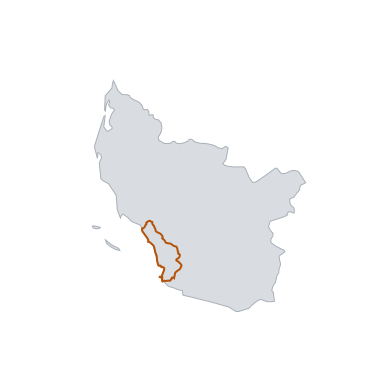 Atlántida on a map of Honduras (Equal Earth projection), rotated 241°
{"feature_id": "HND-637", "entity_name": "Atlántida", "entity_type": "Department", "adm_level": 1, "iso_a3": "HND", "parent_name": "Honduras", "parent_adm1": "", "projection": "equal_earth", "projection_center": [-87.125, 15.681], "detail": "fine", "context": "in_parent", "style": "outline", "palette": "amber", "viewbox_px": 384, "rotation_deg": 241, "n_neighbors": 0, "source": "natural_earth", "source_scale": "10m", "svg_char_len": 4599}
<svg xmlns="http://www.w3.org/2000/svg" viewBox="0 0 384 384"><g transform="rotate(241 192 192)"><path d="M327.6,177.3L316.3,176.4L311.0,178.2L308.7,182.3L306.8,184.1L305.1,183.7L301.7,185.3L296.7,189.0L292.1,190.3L288.0,189.5L286.8,190.3L286.5,191.5L285.9,192.7L284.3,193.3L282.5,193.0L280.4,191.7L279.3,192.3L279.2,194.6L278.1,195.3L276.0,194.1L273.7,195.0L271.1,197.8L267.4,198.4L262.7,196.8L259.0,193.7L256.4,189.2L253.2,188.1L247.8,191.4L245.5,195.4L245.1,197.8L245.6,199.9L244.6,201.4L242.1,202.1L240.1,204.8L238.8,209.4L238.6,213.0L239.4,215.5L238.1,217.4L234.8,218.5L230.9,222.5L226.4,229.3L221.9,234.0L217.5,236.7L215.3,239.7L215.5,243.0L215.2,244.0L214.3,244.4L212.9,244.9L204.2,237.7L201.8,232.8L199.6,233.5L196.9,236.0L193.1,241.6L189.0,249.3L187.0,250.1L176.8,249.0L171.4,249.6L170.3,250.7L169.8,253.5L170.1,257.2L171.6,270.6L172.4,276.2L171.6,277.9L168.9,278.2L165.3,278.9L163.3,281.5L162.9,284.1L162.7,287.7L161.6,291.5L159.3,294.2L157.2,295.2L145.0,295.9L145.2,289.7L141.7,287.1L139.7,282.0L137.9,278.4L138.5,276.3L138.3,273.8L133.4,271.9L128.7,273.4L126.0,272.4L124.1,271.1L127.5,268.0L127.7,266.2L126.6,264.8L125.5,263.9L125.8,260.4L126.5,256.3L128.4,246.7L127.7,245.1L124.6,242.2L120.7,241.9L116.4,242.8L114.3,241.3L112.4,238.0L109.4,236.5L103.9,239.1L98.1,243.0L96.3,244.5L94.8,244.3L94.2,241.3L93.9,237.8L93.5,236.9L90.4,235.7L86.8,234.8L85.0,233.8L83.3,231.5L79.0,228.4L78.0,226.1L72.2,220.8L71.1,218.2L69.7,216.3L67.0,213.9L64.8,214.5L57.5,211.5L56.4,211.2L57.4,208.6L59.7,204.5L64.8,200.0L65.2,196.3L63.9,189.3L62.6,184.8L63.3,182.7L64.9,174.5L66.2,172.6L73.4,168.5L74.1,167.9L79.8,162.1L86.2,155.7L92.8,148.6L100.2,140.7L104.3,136.1L106.2,134.1L110.4,135.7L113.7,132.0L115.7,130.7L120.2,126.3L121.6,125.3L129.1,123.4L132.8,123.5L136.0,128.0L138.5,130.5L143.3,128.4L147.3,127.9L163.8,132.1L170.3,130.3L182.4,129.9L187.8,130.9L195.4,124.9L200.3,123.7L206.1,120.9L205.3,118.1L203.9,116.8L212.7,118.0L225.8,124.1L239.8,123.0L244.8,119.7L248.0,118.8L262.3,125.0L266.1,129.8L269.1,130.3L271.4,129.2L272.0,128.2L269.1,127.2L267.9,125.7L279.1,128.6L300.5,151.2L300.9,153.1L291.8,146.4L287.0,146.9L285.8,148.0L286.1,151.6L286.5,153.3L288.6,153.5L290.1,152.6L293.8,153.7L296.3,156.2L299.4,159.9L301.2,163.9L303.1,164.0L305.0,161.6L308.6,161.3L311.0,164.0L312.6,163.8L310.3,159.6L304.8,155.4L306.1,155.3L318.3,162.8L321.7,172.3L324.6,174.4L327.6,177.3ZM185.0,96.0L178.0,100.6L175.8,100.5L179.0,97.0L184.2,94.0L188.5,92.5L192.1,93.1L185.0,96.0ZM208.9,91.2L205.6,94.6L205.0,93.0L206.6,89.9L208.5,88.1L210.5,88.3L210.0,89.6L208.9,91.2Z" fill="#d9dde1" stroke="#a8b0b8" stroke-width="1"/><path d="M128.0,122.8L128.2,122.7L129.0,122.9L129.8,123.2L131.7,124.7L132.4,124.8L132.4,124.4L132.0,123.9L132.4,123.2L133.9,122.0L133.1,123.5L132.8,124.4L133.2,124.8L133.4,125.2L137.5,130.0L138.8,130.8L140.2,130.4L140.5,130.1L140.9,129.1L141.1,128.8L141.5,128.8L142.7,128.9L142.9,128.6L143.2,127.6L143.8,127.1L144.7,127.0L149.2,128.3L153.1,130.1L157.2,130.7L161.8,132.1L163.4,132.3L165.0,132.0L167.7,131.0L168.5,130.8L168.6,130.7L169.3,129.9L169.5,129.8L169.7,129.5L170.3,129.8L170.8,130.2L171.0,130.4L172.8,130.6L181.4,129.6L182.8,129.7L184.1,130.4L184.2,130.5L184.2,131.0L183.9,131.0L183.9,131.4L183.9,131.7L184.0,132.0L184.1,132.9L184.2,133.3L184.5,133.8L185.1,134.5L185.5,135.0L186.0,136.4L186.1,136.7L186.6,136.9L186.8,137.1L187.2,137.0L187.4,137.2L187.5,137.4L187.6,138.8L187.6,140.1L187.4,140.9L187.0,141.4L185.9,141.9L185.0,142.7L184.0,142.1L182.8,141.9L181.7,142.0L181.4,142.1L181.1,142.3L180.8,142.4L180.4,142.3L179.9,142.1L179.5,142.0L177.9,142.1L176.3,141.6L175.6,141.4L175.1,141.5L174.1,141.9L173.2,142.4L171.4,143.8L170.3,144.3L169.4,144.6L168.0,144.6L167.4,144.7L166.5,144.4L166.0,143.5L162.9,144.6L160.9,144.5L160.1,144.7L158.5,146.5L157.8,147.6L157.4,148.0L156.6,148.6L153.7,149.9L152.4,151.2L152.0,151.7L151.8,151.8L150.0,151.8L146.9,150.8L146.4,150.9L146.0,150.8L145.6,150.4L145.1,150.1L144.8,150.1L144.5,150.2L144.2,150.4L144.0,150.5L143.8,150.7L143.6,150.9L143.3,151.0L143.1,150.9L142.8,150.8L142.2,150.4L141.8,150.1L141.5,149.8L141.2,149.3L140.9,148.7L140.7,147.2L140.7,146.4L140.6,145.8L139.9,145.2L139.5,145.1L139.2,145.3L137.5,146.5L136.9,146.4L135.1,147.1L133.1,147.3L132.4,146.9L130.7,144.4L130.6,144.1L130.4,143.7L130.2,141.9L130.2,141.1L129.8,139.0L129.3,137.9L128.6,137.4L125.4,134.6L126.0,134.4L126.4,134.1L126.7,133.5L126.7,132.8L126.5,132.3L126.3,132.0L125.9,132.1L125.7,131.3L125.1,130.3L125.1,129.7L125.3,129.2L126.0,128.3L126.3,127.7L126.7,126.3L127.0,125.7L127.4,125.1L127.9,124.8L128.1,124.2L128.0,122.8Z" fill="none" stroke="#b45309" stroke-width="2"/></g></svg>